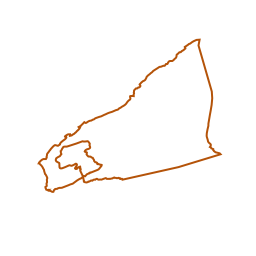 outline of Mondol Seima, Kaôh Kong, Cambodia, rotated 69°
{"feature_id": "14789045B23229264663112", "entity_name": "Mondol Seima", "entity_type": "district", "adm_level": 2, "iso_a3": "KHM", "parent_name": "Cambodia", "parent_adm1": "Kaôh Kong", "projection": "equal_earth", "projection_center": [102.98, 11.754], "detail": "fine", "context": "isolated", "style": "outline", "palette": "amber", "viewbox_px": 256, "rotation_deg": 69, "n_neighbors": 0, "source": "geoboundaries", "source_scale": "gbopen_adm2", "svg_char_len": 5922}
<svg xmlns="http://www.w3.org/2000/svg" viewBox="0 0 256 256"><g transform="rotate(69 128 128)"><path d="M158.7,194.2L158.2,191.5L158.2,190.0L157.7,188.3L157.7,187.7L158.2,187.6L161.1,188.1L161.6,188.0L162.2,188.4L162.6,188.3L163.2,187.6L164.0,186.2L164.1,184.7L163.8,184.2L164.1,183.3L163.8,181.5L163.8,181.1L164.3,180.4L164.4,180.0L164.0,179.1L164.0,178.4L164.1,177.8L164.5,177.3L164.5,177.1L164.3,176.4L164.2,175.6L164.4,175.1L165.4,174.4L165.8,173.8L166.1,172.5L166.7,171.2L166.7,168.8L166.8,166.8L167.0,166.5L167.8,166.1L168.0,165.8L168.6,164.2L168.8,163.8L168.8,163.4L169.1,162.9L169.2,161.9L169.5,160.5L169.3,159.8L169.3,158.6L169.8,158.3L170.2,157.2L170.8,156.5L171.1,155.6L171.1,155.0L171.2,154.6L171.7,154.3L171.9,153.6L172.8,153.6L172.9,153.4L172.9,152.8L173.2,152.2L173.3,151.8L173.8,151.4L174.1,151.3L174.3,151.4L182.6,94.9L185.7,51.0L184.5,51.5L182.0,55.0L180.2,56.1L179.7,56.0L179.0,56.4L178.2,56.0L176.9,57.5L175.8,57.6L175.1,58.3L174.4,57.3L173.8,56.9L173.3,56.7L172.8,56.7L172.1,57.0L170.6,57.8L169.4,58.1L167.5,57.8L164.4,57.6L163.3,57.3L161.1,56.3L157.7,54.2L154.8,52.2L152.8,51.4L144.7,46.6L141.6,44.7L136.5,41.7L130.4,38.7L124.0,36.7L76.2,32.6L71.2,29.5L70.3,32.5L70.5,35.6L70.8,37.4L71.4,39.5L71.5,39.9L71.4,40.9L71.9,42.4L72.4,44.6L72.6,45.2L72.6,45.8L72.7,46.0L74.0,45.8L74.3,45.9L74.5,46.5L75.2,48.3L75.5,50.3L76.0,51.3L76.1,51.7L75.8,52.5L75.8,53.1L76.5,54.6L77.0,56.2L77.3,56.5L78.6,57.1L79.4,57.8L79.8,58.4L80.2,59.7L80.9,61.1L81.2,62.1L81.3,62.7L80.5,64.7L80.5,65.8L81.2,67.1L82.1,67.9L82.3,68.3L82.3,68.5L82.0,69.2L81.9,69.6L83.0,71.3L83.0,71.7L82.6,72.5L82.6,73.2L82.6,75.2L82.6,75.5L82.3,76.2L82.3,77.1L82.7,78.8L83.3,81.8L83.8,84.1L84.5,85.4L84.8,86.4L85.0,87.3L85.4,88.1L86.1,90.5L86.9,92.2L87.8,93.0L89.2,94.6L89.6,95.9L89.6,96.9L89.8,97.8L90.1,98.5L90.2,99.0L91.1,100.7L91.3,101.3L91.6,101.6L93.0,101.3L93.3,101.4L93.9,102.2L94.1,102.9L94.0,103.2L93.8,103.8L94.3,105.0L94.3,105.5L93.9,106.2L94.1,106.8L95.0,108.7L95.5,109.1L96.5,109.5L97.0,109.9L97.7,109.9L98.0,110.0L98.5,110.5L99.1,111.0L100.1,111.1L100.3,111.2L99.9,111.9L99.3,113.4L99.1,114.1L99.1,114.6L99.6,114.9L101.4,115.2L102.1,115.8L102.2,116.1L102.6,117.6L103.4,119.2L104.7,121.1L105.3,122.5L105.7,124.2L106.0,126.3L106.4,127.6L106.5,129.2L107.1,130.5L107.2,131.0L107.0,132.8L107.2,137.0L107.0,139.7L107.0,141.8L107.2,144.2L107.2,145.5L107.3,146.4L107.5,148.9L107.3,150.9L107.2,155.0L107.7,156.6L107.7,157.2L107.6,158.1L107.7,158.4L107.9,159.6L107.6,160.9L107.6,162.4L108.2,165.1L108.1,165.6L108.0,165.9L106.9,166.7L107.8,168.5L109.1,171.6L109.4,173.8L109.8,173.7L110.1,173.5L110.2,172.9L110.3,172.6L111.1,173.4L112.0,175.1L112.0,175.4L112.4,176.1L112.4,176.4L113.4,178.3L113.6,179.2L114.1,180.2L114.3,181.9L114.5,182.3L114.7,183.0L114.7,183.8L114.5,185.0L113.9,184.7L113.6,184.2L113.4,184.2L113.3,184.3L113.1,184.3L113.0,184.9L112.7,185.4L112.5,186.2L112.5,187.0L112.8,188.4L113.0,188.8L112.9,189.0L113.0,189.4L113.4,189.9L113.8,189.8L113.9,189.7L114.1,188.9L114.9,189.0L115.2,189.4L115.9,190.7L116.6,193.4L117.4,195.7L118.2,197.0L118.8,197.5L119.0,197.5L119.5,199.8L118.0,201.9L117.8,202.6L118.1,203.7L118.5,204.7L119.9,207.5L120.7,208.6L120.9,209.2L121.6,210.1L123.0,212.5L123.5,213.0L124.9,213.7L125.9,214.5L126.5,214.5L127.6,215.8L127.3,216.6L126.7,218.0L126.7,218.5L126.8,219.6L127.5,221.7L128.0,222.4L128.3,223.3L128.5,223.5L128.5,223.2L129.1,223.8L129.3,223.8L129.8,223.3L130.4,223.1L132.1,222.3L134.5,221.7L135.0,221.8L136.9,221.4L138.2,221.7L141.3,221.9L141.8,221.6L143.0,221.4L145.3,221.2L145.5,221.3L146.0,221.4L147.2,222.3L149.4,222.9L150.0,223.3L150.3,223.7L150.9,224.1L152.7,224.5L153.1,224.8L153.5,226.3L155.0,226.5L155.6,226.3L155.8,226.4L156.3,226.4L157.0,225.5L157.3,224.6L157.3,224.4L157.4,224.1L157.7,224.9L157.9,224.8L157.8,224.3L157.7,224.2L157.9,224.1L158.0,224.3L159.4,222.5L160.4,221.7L160.7,221.0L160.8,220.5L159.6,219.4L159.3,219.0L159.2,218.3L158.9,218.0L158.9,217.6L159.4,216.0L159.3,215.8L159.2,215.3L159.3,213.5L160.1,211.3L160.1,204.0L160.0,202.0L160.2,199.6L158.7,194.2ZM153.9,166.4L155.8,169.7L156.1,170.5L156.2,171.4L156.3,178.7L156.0,179.2L156.0,179.6L156.1,179.8L156.3,179.8L156.3,180.2L156.5,180.4L156.5,180.6L156.4,180.7L156.2,180.5L156.2,180.8L156.4,181.1L156.5,183.1L157.1,184.1L157.3,184.8L157.6,185.1L157.7,185.4L156.7,186.8L156.6,187.4L156.4,187.5L156.0,187.5L150.8,187.9L150.3,187.7L150.1,187.5L150.0,187.2L149.7,187.0L149.4,186.9L148.9,187.4L148.4,187.5L148.2,187.3L147.8,187.3L147.7,187.1L147.9,186.8L147.7,186.7L147.6,186.8L147.1,186.6L146.9,186.6L146.9,186.9L147.3,187.0L147.2,187.6L146.9,187.8L147.0,189.5L147.7,190.1L147.8,190.5L147.6,191.4L147.1,191.8L146.9,191.9L146.6,191.9L146.3,191.6L145.4,190.4L144.5,189.2L144.2,188.9L143.7,188.8L143.0,189.0L142.6,189.7L143.0,192.0L143.1,193.9L142.9,194.5L141.9,195.8L141.8,196.4L141.8,197.1L142.0,200.6L142.0,202.5L142.0,203.8L141.8,204.8L141.6,205.3L141.0,205.9L140.0,206.0L136.5,204.8L136.0,204.8L133.6,206.8L133.3,206.9L132.3,207.0L131.6,206.7L130.6,205.9L130.4,205.2L130.1,204.0L129.9,201.9L129.7,201.4L129.2,200.8L128.6,199.6L128.4,199.5L127.5,199.6L125.6,199.2L125.6,198.9L123.5,196.6L123.1,195.8L122.6,195.3L122.5,194.6L122.6,194.1L122.7,193.8L122.9,193.1L123.4,191.8L123.5,191.1L124.0,181.7L124.1,175.4L124.2,175.0L124.6,174.5L125.0,173.6L125.4,172.4L125.8,170.6L126.2,170.1L126.9,169.8L128.8,169.3L129.3,169.5L130.4,170.2L131.1,170.1L132.3,170.2L132.7,170.4L133.1,170.8L133.4,172.1L133.2,173.8L133.3,174.7L133.4,175.3L133.8,176.2L134.4,176.8L134.9,176.6L135.7,175.5L136.1,175.2L136.4,175.2L136.8,175.5L137.6,176.1L138.5,176.0L140.1,175.4L140.5,175.1L141.2,173.4L141.6,173.0L142.5,172.6L143.2,171.6L143.9,171.5L144.2,171.6L145.3,171.2L146.6,171.4L146.9,171.4L147.3,171.1L148.2,170.9L148.5,170.2L148.9,169.7L149.3,169.6L149.6,169.3L150.0,169.4L150.4,169.6L150.5,169.6L151.0,169.1L151.1,168.3L151.9,167.7L152.4,166.9L152.5,166.5L153.1,165.8L153.3,165.9L153.9,166.4Z" fill="none" stroke="#b45309" stroke-width="2"/></g></svg>